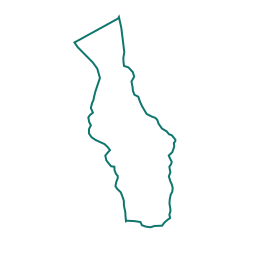 Armenochori, Limassol, Cyprus, rotated 328°
{"feature_id": "46923920B15192858361301", "entity_name": "Armenochori", "entity_type": "district", "adm_level": 2, "iso_a3": "CYP", "parent_name": "Cyprus", "parent_adm1": "Limassol", "projection": "orthographic", "projection_center": [33.125, 34.752], "detail": "fine", "context": "isolated", "style": "outline", "palette": "teal", "viewbox_px": 256, "rotation_deg": 328, "n_neighbors": 0, "source": "geoboundaries", "source_scale": "gbopen_adm2", "svg_char_len": 1398}
<svg xmlns="http://www.w3.org/2000/svg" viewBox="0 0 256 256"><g transform="rotate(328 128 128)"><path d="M127.9,27.1L128.2,33.0L132.9,53.9L133.4,61.4L130.7,70.7L119.5,79.9L115.5,83.8L113.5,86.0L110.9,87.7L107.1,91.3L106.4,96.4L102.5,96.9L99.9,98.1L98.2,102.5L98.0,106.0L94.3,108.3L92.0,112.1L92.2,116.5L94.1,120.9L99.5,129.1L100.7,133.6L101.0,137.2L97.0,138.4L94.1,139.4L92.5,143.9L92.9,148.3L93.4,151.5L95.9,153.6L94.2,156.7L93.5,160.5L93.9,163.3L92.6,165.2L89.5,167.5L86.5,170.7L86.6,174.0L87.8,178.7L86.9,183.5L85.9,187.5L83.4,191.7L81.3,197.5L78.7,202.4L76.9,206.0L77.9,206.0L79.7,207.3L83.9,210.2L88.7,214.3L88.3,217.9L91.1,221.3L94.5,224.1L98.7,225.2L105.1,228.9L108.7,227.5L113.1,226.8L116.0,226.7L117.1,223.5L120.0,220.9L121.3,218.5L123.0,214.3L125.2,211.1L128.0,208.1L128.7,207.3L131.7,205.6L134.2,202.4L135.3,198.8L135.6,196.0L137.0,190.7L140.5,188.0L141.4,185.4L142.6,182.7L145.3,181.6L147.2,179.8L147.5,175.9L148.0,172.9L152.7,172.0L157.3,168.3L159.0,165.0L161.9,163.9L161.9,164.0L161.8,161.3L161.3,157.3L159.5,155.1L159.0,151.3L156.5,146.4L156.2,140.6L157.1,136.7L156.6,134.0L154.1,130.7L151.3,126.1L151.3,122.6L151.5,116.4L152.2,111.6L153.3,106.9L151.1,103.2L151.9,98.9L153.3,96.3L154.7,92.7L155.6,90.4L160.4,87.8L161.7,83.2L160.5,76.9L157.5,73.2L159.0,70.0L161.1,66.2L165.1,61.6L175.4,39.5L179.1,29.1L177.7,29.9L127.9,27.1Z" fill="none" stroke="#0f766e" stroke-width="2"/></g></svg>